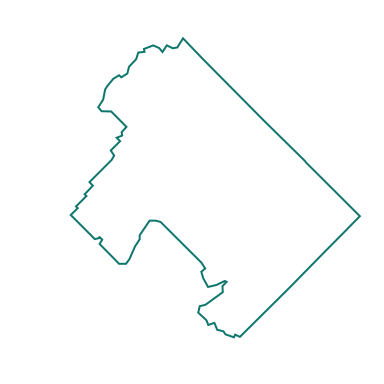 outline of Caribou, Idaho, United States of America, rotated 45°
{"feature_id": "52423323B45551485441937", "entity_name": "Caribou", "entity_type": "district", "adm_level": 2, "iso_a3": "USA", "parent_name": "United States of America", "parent_adm1": "Idaho", "projection": "orthographic", "projection_center": [-111.64, 42.719], "detail": "fine", "context": "isolated", "style": "outline", "palette": "teal", "viewbox_px": 384, "rotation_deg": 45, "n_neighbors": 0, "source": "geoboundaries", "source_scale": "gbopen_adm2", "svg_char_len": 1177}
<svg xmlns="http://www.w3.org/2000/svg" viewBox="0 0 384 384"><g transform="rotate(45 192 192)"><path d="M77.0,89.7L79.4,100.2L76.7,104.0L70.5,106.1L72.1,113.9L67.0,113.4L60.9,115.8L56.9,124.8L59.3,126.5L55.4,131.4L58.6,137.6L58.9,147.9L62.5,154.0L60.9,160.9L57.9,161.0L56.3,167.6L57.2,176.9L58.1,180.9L63.8,189.4L65.8,198.4L71.0,198.8L77.9,192.2L99.6,192.3L100.0,199.5L102.7,201.5L100.4,206.9L105.2,206.9L105.2,220.1L111.2,221.3L112.5,226.2L112.5,257.5L117.4,257.6L117.7,269.5L120.2,269.5L120.2,284.2L122.6,284.2L122.5,294.0L156.6,294.0L159.2,289.8L157.8,289.2L162.2,289.2L163.4,294.1L191.2,294.3L196.1,289.4L195.3,283.9L190.1,270.5L188.5,262.5L185.6,259.6L182.3,242.3L186.6,237.9L191.0,235.4L248.5,235.3L255.4,236.7L255.0,241.8L260.8,245.0L270.5,247.8L275.0,240.5L278.1,231.7L280.0,231.1L280.1,237.0L284.6,241.1L281.2,262.5L278.2,267.2L281.7,272.9L293.0,272.5L297.5,274.5L300.4,268.7L307.3,271.6L312.7,268.3L316.3,269.0L324.4,265.1L323.4,262.3L328.3,260.6L328.4,237.5L328.6,190.3L328.1,139.1L328.0,112.6L328.0,108.9L327.9,107.2L327.9,105.4L327.8,90.7L327.8,90.4L251.7,90.5L250.0,90.2L193.5,90.7L105.5,90.3L77.0,89.7Z" fill="none" stroke="#0f766e" stroke-width="2"/></g></svg>